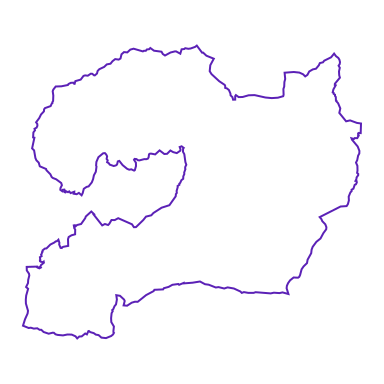 outline of Tilisca, Sibiu, Romania
{"feature_id": "2599482B75916194776070", "entity_name": "Tilisca", "entity_type": "district", "adm_level": 2, "iso_a3": "ROU", "parent_name": "Romania", "parent_adm1": "Sibiu", "projection": "mercator", "projection_center": [23.791, 45.786], "detail": "fine", "context": "isolated", "style": "outline", "palette": "violet", "viewbox_px": 384, "rotation_deg": 0, "n_neighbors": 0, "source": "geoboundaries", "source_scale": "gbopen_adm2", "svg_char_len": 5819}
<svg xmlns="http://www.w3.org/2000/svg" viewBox="0 0 384 384"><path d="M340.0,62.1L339.4,59.7L338.3,57.9L336.0,56.2L334.1,53.6L331.1,57.3L324.2,60.7L323.0,62.3L319.8,63.1L318.9,65.2L316.0,68.7L312.8,69.4L309.2,71.5L307.4,74.9L305.2,76.4L303.1,74.3L299.4,72.6L293.8,72.0L284.6,72.7L285.2,79.0L284.4,82.0L284.2,86.6L283.4,89.0L283.6,94.8L283.2,96.2L277.9,97.7L271.7,98.1L265.4,97.5L254.6,95.1L248.6,95.3L242.6,97.0L238.7,97.1L235.9,95.1L235.2,96.1L235.2,99.6L233.1,99.7L232.4,97.1L230.6,95.4L230.4,93.5L228.9,90.0L226.9,88.4L225.2,87.9L225.2,86.0L224.7,84.9L219.2,81.2L211.5,74.1L209.7,71.2L210.3,65.2L213.8,58.7L206.4,55.7L203.1,52.6L202.1,52.7L196.8,45.6L195.1,46.9L190.6,48.5L188.3,48.8L185.2,48.2L184.3,49.0L181.6,49.3L180.3,53.7L176.1,51.4L174.9,51.4L170.5,52.5L165.0,55.5L162.8,54.0L161.5,51.7L154.0,50.7L150.3,48.0L149.2,49.2L146.8,49.5L145.8,50.8L143.9,50.8L142.9,51.4L133.6,48.7L130.3,49.6L127.3,52.4L124.0,52.1L121.5,54.3L120.5,58.5L118.7,59.6L115.2,59.1L112.5,61.2L110.5,63.7L106.8,64.4L104.2,66.9L99.3,69.2L97.6,71.0L97.0,73.5L94.8,75.4L94.0,75.3L92.3,73.8L90.8,73.7L87.8,75.7L85.1,75.4L83.5,75.9L80.7,79.6L75.4,81.1L74.6,83.8L73.9,83.6L73.5,82.7L70.9,82.8L68.5,84.0L67.9,85.0L61.4,86.3L55.7,86.5L53.3,89.6L52.7,91.2L53.3,95.5L53.1,101.0L52.5,101.9L52.4,103.1L51.9,103.3L50.6,106.1L45.0,108.1L44.1,109.3L43.9,111.4L41.0,114.5L39.3,118.0L36.1,122.3L37.3,124.0L37.4,125.8L36.6,127.6L34.5,128.8L35.0,130.3L33.4,132.4L33.1,137.4L34.4,137.7L32.1,148.4L34.1,150.4L35.4,158.0L36.4,160.3L38.7,162.6L39.8,166.3L46.1,169.0L46.4,170.2L50.4,174.3L51.6,176.9L52.7,177.9L56.2,179.3L61.2,183.0L61.9,185.2L60.5,188.0L60.3,189.8L62.2,191.2L62.7,189.8L64.4,189.6L65.0,191.1L64.2,191.7L64.4,192.1L65.5,192.4L66.2,191.3L68.0,192.2L69.2,191.4L70.6,193.1L74.3,191.7L74.3,192.4L73.4,192.8L73.5,193.7L76.7,194.2L78.9,192.9L81.6,195.3L82.7,193.1L83.8,188.8L86.6,186.9L88.6,186.4L91.8,182.4L93.1,179.1L93.9,175.3L95.8,171.8L96.5,166.6L96.1,165.5L96.4,161.9L98.4,157.2L103.1,153.3L104.9,153.1L106.2,154.5L107.1,156.3L106.6,158.9L107.7,160.3L107.1,162.2L108.8,163.2L109.7,164.6L113.7,166.0L115.3,165.6L116.5,165.1L117.2,164.0L117.8,161.4L119.3,160.9L122.6,165.1L127.1,168.8L129.2,169.7L131.3,169.3L134.1,170.6L134.8,170.2L136.0,166.1L135.9,162.7L134.0,159.8L134.6,158.9L136.5,159.1L137.9,160.2L139.4,160.4L144.3,159.1L146.2,159.2L147.8,158.7L148.6,157.4L149.0,154.4L149.5,153.8L151.0,153.6L155.2,154.4L159.6,150.4L164.3,154.0L167.1,153.8L170.4,150.5L173.1,152.1L176.8,153.1L180.3,150.7L180.5,149.4L179.7,147.0L181.6,146.3L183.7,147.9L183.1,148.5L183.0,151.8L184.3,154.2L185.4,162.1L186.3,164.8L185.3,166.8L185.1,168.1L185.4,169.1L184.2,172.5L184.3,174.1L183.3,176.3L183.2,178.8L181.4,180.2L180.2,182.9L179.3,183.7L179.4,184.8L177.6,186.0L177.7,187.2L176.6,191.0L176.8,192.9L175.9,194.1L175.7,196.3L169.4,205.2L161.6,207.7L153.4,213.0L151.3,215.3L146.0,216.6L143.3,220.0L136.0,227.1L133.9,227.2L132.0,224.3L118.2,218.2L114.7,220.1L111.5,220.0L109.3,223.8L108.1,225.0L104.9,224.0L102.2,225.4L93.6,214.5L94.1,214.2L91.3,211.5L85.8,216.5L85.2,218.2L81.1,224.0L77.1,225.0L75.5,226.4L74.9,225.2L73.8,225.4L74.3,228.3L75.2,229.5L75.1,234.3L71.5,235.3L68.7,237.0L68.0,239.2L68.2,245.9L63.3,246.8L61.8,247.5L61.7,248.0L60.6,247.9L59.2,244.5L59.4,242.8L58.4,239.7L56.9,241.2L55.7,241.4L54.2,242.6L50.4,244.5L46.5,248.4L44.8,248.6L42.6,250.4L42.6,251.7L42.1,251.9L41.7,253.9L41.1,254.5L41.6,256.2L39.9,257.2L40.3,259.9L39.9,260.2L40.0,261.2L40.7,261.7L43.2,262.2L43.7,261.7L43.9,262.7L41.0,265.1L40.3,266.6L40.9,267.5L39.8,268.1L39.6,267.4L39.1,267.2L38.4,268.0L37.1,267.3L37.1,266.6L26.7,266.9L26.8,270.5L29.0,273.7L29.3,275.5L28.2,279.9L28.0,283.1L26.1,287.0L28.1,288.8L26.2,295.5L25.8,299.6L25.9,303.5L28.0,310.8L27.6,313.5L25.0,319.3L23.0,325.7L28.7,328.0L30.8,327.7L33.8,328.6L37.3,328.3L39.6,329.8L41.3,329.8L43.6,332.0L48.7,333.7L52.7,332.7L53.9,332.8L55.5,334.3L57.6,334.9L63.0,335.4L67.4,334.5L71.7,334.6L75.5,336.3L77.2,338.4L79.3,336.5L81.7,336.4L85.2,333.5L86.9,334.4L88.4,331.1L88.9,331.0L90.2,332.1L93.7,333.1L95.8,334.6L98.6,335.1L101.4,337.6L106.0,338.1L111.2,336.0L113.1,334.4L113.9,332.9L113.5,332.6L113.4,331.1L113.9,326.5L111.3,322.1L111.1,318.2L111.6,313.2L112.7,311.2L112.2,310.1L113.2,309.3L114.5,306.2L116.0,304.4L116.9,299.5L116.3,295.2L120.0,295.8L124.1,299.6L124.7,301.0L123.6,305.4L127.1,305.7L131.7,302.7L135.0,301.7L137.7,301.8L146.1,295.1L153.6,291.1L154.4,289.8L163.1,289.4L163.9,288.2L168.6,286.9L172.4,284.8L178.3,284.0L179.1,284.8L183.7,282.9L183.7,283.4L192.6,282.7L200.0,281.5L205.0,284.2L208.7,284.7L215.8,287.5L218.5,287.1L224.2,288.5L227.6,287.4L233.9,288.5L240.4,291.5L241.8,292.9L243.9,292.1L248.4,292.9L253.5,292.9L255.6,292.2L270.7,293.4L273.9,292.7L279.5,293.1L282.5,292.4L288.4,294.0L286.6,288.2L286.9,285.8L288.1,283.1L290.1,280.3L293.6,277.5L298.0,277.7L299.2,276.9L300.1,275.0L301.6,269.3L303.6,266.4L307.0,263.1L307.6,259.7L311.2,253.2L311.6,249.7L312.7,246.8L316.4,241.8L320.5,238.5L323.4,233.1L326.2,229.3L326.4,227.2L325.3,224.3L322.3,221.2L321.4,219.1L319.7,217.1L340.6,206.5L346.6,206.1L347.9,204.1L348.9,200.4L348.7,196.6L350.4,192.4L351.6,191.2L351.6,189.7L353.4,188.7L354.7,184.8L355.9,184.3L356.8,182.5L356.6,181.1L355.5,180.9L356.4,179.1L356.6,177.4L358.2,175.2L358.2,173.9L357.1,172.9L357.5,170.6L357.4,165.8L356.0,162.6L357.2,160.2L358.1,155.7L359.3,153.5L359.4,150.9L357.7,146.5L352.0,139.7L351.5,138.3L353.9,139.0L354.6,138.1L357.3,138.1L358.6,135.8L358.1,135.6L358.6,134.0L358.1,133.9L358.1,133.4L358.8,132.9L360.7,133.1L361.0,123.5L356.9,122.9L350.1,120.4L346.1,121.3L339.3,112.9L340.3,108.4L338.1,103.2L336.2,101.1L336.4,100.6L335.9,100.2L335.8,97.0L335.0,95.9L335.0,94.7L333.7,93.9L333.6,92.8L332.7,92.4L333.4,89.4L335.7,85.3L334.8,85.0L334.9,83.7L339.9,77.7L339.2,75.2L339.0,71.4L339.8,67.8L338.6,65.7L339.7,64.1L340.0,62.1Z" fill="none" stroke="#5b21b6" stroke-width="2"/></svg>